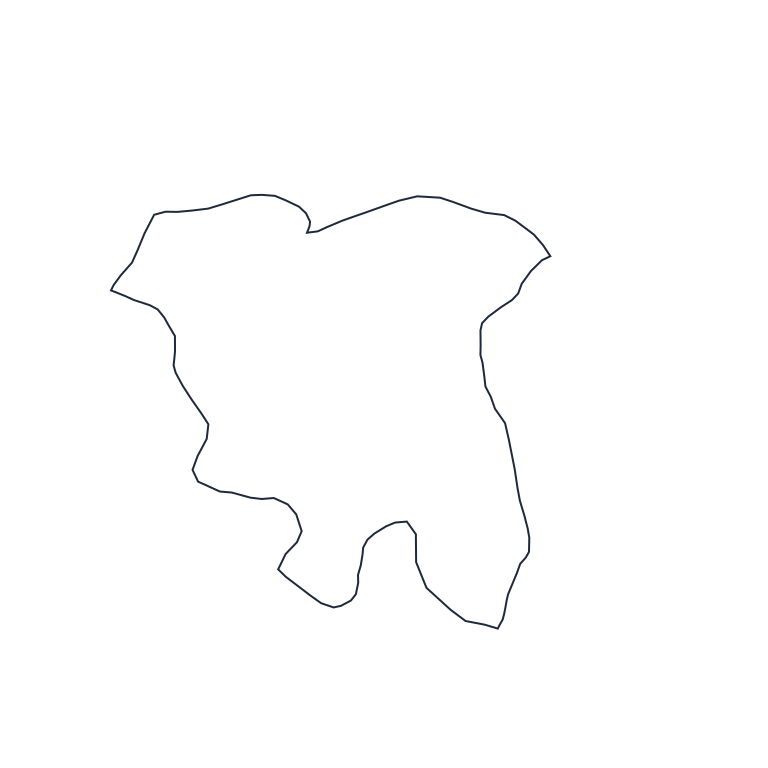 Betong, Sarawak, Malaysia, rotated 237°
{"feature_id": "92858781B57071016151850", "entity_name": "Betong", "entity_type": "district", "adm_level": 2, "iso_a3": "MYS", "parent_name": "Malaysia", "parent_adm1": "Sarawak", "projection": "robinson", "projection_center": [111.499, 1.495], "detail": "fine", "context": "isolated", "style": "outline", "palette": "slate", "viewbox_px": 768, "rotation_deg": 237, "n_neighbors": 0, "source": "geoboundaries", "source_scale": "gbopen_adm2", "svg_char_len": 1738}
<svg xmlns="http://www.w3.org/2000/svg" viewBox="0 0 768 768"><g transform="rotate(237 384 384)"><path d="M400.6,593.1L413.8,593.0L427.7,591.1L449.3,583.2L460.2,576.8L472.5,562.2L483.4,552.8L499.4,540.8L509.7,532.5L523.3,514.1L529.6,496.4L533.5,480.3L537.5,463.4L541.2,448.4L543.8,437.5L546.5,422.4L548.1,411.6L552.8,401.8L556.8,407.4L560.4,410.4L569.7,411.6L579.0,409.3L591.9,401.4L601.2,395.0L609.2,384.5L614.8,375.1L622.6,346.8L626.8,332.2L634.0,317.5L640.8,304.6L647.5,294.6L651.1,283.5L650.9,283.0L640.8,265.3L629.9,249.4L623.1,238.9L618.5,222.4L614.3,211.3L611.2,206.0L605.5,210.1L598.8,214.8L590.5,220.1L577.5,230.6L569.8,234.8L559.4,235.9L550.6,235.3L538.1,234.8L525.2,226.5L518.5,221.2L514.3,217.7L507.0,215.4L492.0,214.2L475.9,214.2L458.8,214.8L445.9,214.8L434.5,205.4L425.1,188.4L416.3,176.7L403.4,174.9L383.2,187.8L375.9,197.2L361.4,210.1L354.1,218.9L348.4,229.5L335.5,237.7L322.5,239.4L305.4,234.8L298.7,224.8L295.0,208.9L286.2,194.3L284.9,194.6L275.9,196.6L246.3,207.2L234.4,211.9L224.0,220.1L221.4,227.1L220.4,238.3L223.0,245.9L231.3,254.1L237.0,257.6L238.0,258.2L244.6,265.8L252.9,273.3L258.2,277.5L262.5,285.4L263.8,294.4L263.5,308.3L261.8,317.7L256.2,328.2L240.6,328.9L217.1,313.9L189.9,308.6L158.3,316.9L140.8,323.3L127.5,337.2L116.9,346.2L119.5,350.7L121.8,355.2L125.5,359.3L129.8,363.5L135.8,369.1L140.1,373.6L153.0,392.4L159.0,400.3L161.3,408.6L164.3,414.2L175.9,422.1L184.5,425.8L197.1,430.0L212.4,434.5L224.0,439.3L241.3,447.2L269.1,458.3L285.2,464.2L302.8,463.6L315.2,466.6L326.7,467.7L336.0,472.4L348.4,478.3L355.7,480.6L363.5,485.9L376.4,494.1L381.6,499.4L383.7,508.2L384.7,524.1L384.7,537.0L386.8,545.8L393.0,554.0L398.7,568.7L401.8,583.9L400.6,593.1Z" fill="none" stroke="#1e293b" stroke-width="2"/></g></svg>